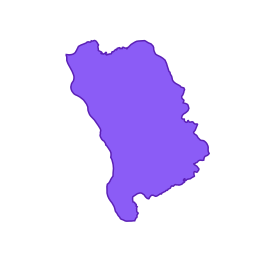 outline of Phonthong, Champasak, Laos, rotated 202°
{"feature_id": "54806243B67434402908614", "entity_name": "Phonthong", "entity_type": "district", "adm_level": 2, "iso_a3": "LAO", "parent_name": "Laos", "parent_adm1": "Champasak", "projection": "mercator", "projection_center": [105.67, 15.132], "detail": "fine", "context": "isolated", "style": "filled", "palette": "violet", "viewbox_px": 256, "rotation_deg": 202, "n_neighbors": 0, "source": "geoboundaries", "source_scale": "gbopen_adm2", "svg_char_len": 5726}
<svg xmlns="http://www.w3.org/2000/svg" viewBox="0 0 256 256"><g transform="rotate(202 128 128)"><path d="M207.8,165.2L200.9,159.5L198.6,157.1L197.7,156.0L197.2,155.1L196.7,153.8L196.4,152.4L196.3,151.2L196.8,149.0L196.9,147.7L196.7,146.4L196.4,144.8L196.0,143.9L195.4,142.9L194.1,141.4L192.1,140.1L190.7,139.4L189.1,139.1L187.3,139.1L184.2,138.7L179.8,137.4L178.3,136.5L175.5,134.7L173.2,132.5L171.7,129.4L170.6,128.1L169.2,126.6L168.1,125.7L166.9,125.0L162.2,122.9L156.7,119.3L154.2,117.5L153.2,116.7L152.3,115.4L152.0,113.5L151.4,112.3L151.2,110.8L150.4,109.7L149.8,109.1L148.4,107.9L147.2,107.3L146.4,107.0L145.6,107.0L143.9,105.9L143.0,105.2L142.6,104.5L142.3,104.0L142.1,103.8L141.5,103.8L139.3,102.4L136.0,100.1L134.6,98.7L133.8,97.1L133.3,95.7L133.0,94.3L131.2,92.8L128.8,89.6L127.9,88.2L126.3,85.0L125.0,80.8L124.2,78.7L123.9,77.5L124.3,76.2L124.7,73.9L124.8,71.8L125.2,69.7L126.1,68.1L125.6,65.8L124.7,63.7L123.0,59.7L121.3,57.4L119.2,55.4L117.2,54.0L114.5,52.4L111.4,49.9L110.1,48.3L108.5,46.1L107.8,45.6L106.5,44.9L104.4,43.2L102.0,42.0L101.2,41.2L100.7,41.0L99.8,40.9L97.9,41.0L96.0,40.8L94.7,41.0L93.7,41.4L92.2,42.1L89.8,43.1L87.8,44.2L87.0,44.5L87.0,45.8L86.9,46.3L87.0,47.1L86.8,47.6L86.4,48.2L86.3,48.6L86.4,49.1L87.0,50.3L86.9,51.1L86.9,51.7L86.8,52.1L86.6,52.3L86.6,52.6L86.8,52.9L87.1,53.2L87.9,53.4L88.5,53.7L88.8,54.2L89.1,54.9L89.3,55.6L89.8,56.2L90.1,58.1L90.0,58.5L90.7,58.7L91.3,58.7L91.4,59.0L91.4,59.4L91.6,60.0L92.1,60.4L92.6,60.5L93.1,60.6L93.9,61.4L94.6,61.5L95.8,61.4L96.2,62.2L97.0,63.5L97.3,64.3L97.7,65.4L97.7,66.2L94.6,70.7L92.5,72.3L91.7,72.5L90.7,72.7L87.8,72.0L86.9,71.3L85.7,70.6L83.8,69.9L82.3,70.1L82.0,70.5L82.1,71.4L81.3,73.9L81.0,74.4L80.5,74.7L79.4,75.1L77.8,75.0L77.0,75.0L76.5,75.2L75.9,75.6L75.3,76.3L73.3,79.2L72.7,79.1L72.4,79.2L72.2,79.6L72.3,80.2L70.8,82.1L69.9,82.9L69.6,83.5L69.2,84.5L68.4,84.8L68.2,85.0L68.0,85.4L68.0,86.0L67.3,86.9L66.4,87.9L66.2,88.3L66.1,90.1L65.9,90.5L64.9,90.9L64.4,90.9L64.2,91.0L64.0,91.3L63.6,92.3L63.5,92.6L62.8,93.3L62.5,93.4L62.2,93.3L60.0,94.1L59.4,94.1L57.9,95.2L57.0,96.1L56.8,96.4L56.4,97.5L55.6,98.5L55.3,99.3L55.5,99.5L56.6,99.9L56.9,100.2L57.1,100.8L57.0,101.3L56.7,102.0L56.4,102.2L56.2,102.1L56.0,101.9L55.8,101.1L55.5,100.9L55.2,100.8L54.8,100.9L54.6,101.1L54.1,102.2L53.6,102.8L51.1,104.4L50.5,105.5L49.9,106.3L48.5,107.9L48.4,108.3L49.3,109.4L49.9,110.6L50.2,111.7L50.2,112.1L50.1,112.4L49.7,112.6L49.2,112.7L48.8,112.6L48.0,112.7L47.6,112.8L47.2,113.3L47.1,114.0L46.7,115.8L46.9,116.5L47.1,116.8L47.5,117.1L48.2,117.3L49.1,118.0L50.0,118.4L52.4,118.8L53.2,119.1L53.5,119.4L53.5,119.6L52.6,120.1L52.1,121.1L51.4,121.7L51.1,121.9L50.4,123.9L50.0,124.4L49.2,125.1L48.7,125.3L47.0,125.8L45.8,126.5L45.7,126.6L46.1,127.9L46.2,129.7L45.8,130.8L44.9,131.6L44.1,132.5L43.5,133.6L43.3,134.3L43.2,134.8L44.5,135.9L44.9,136.5L45.5,137.6L46.4,140.1L47.1,141.2L48.9,142.9L50.0,143.6L51.2,144.1L52.4,144.5L53.7,144.5L55.3,144.0L56.0,144.0L56.2,143.9L56.6,144.0L59.4,145.2L61.3,146.7L62.4,147.1L63.3,147.2L64.2,147.4L64.9,147.8L65.4,148.3L65.6,148.8L64.9,151.2L64.9,157.4L65.1,157.6L65.8,157.5L66.4,157.1L67.2,156.9L68.0,156.9L68.8,157.2L69.6,157.7L70.1,157.9L70.9,157.8L72.1,157.0L73.0,156.5L73.5,156.5L73.9,156.7L74.8,157.5L75.3,157.2L75.4,155.6L75.9,155.1L76.7,155.0L78.2,155.6L78.7,156.3L79.0,157.2L79.3,157.4L80.2,156.9L80.9,156.8L81.3,156.9L82.0,157.4L82.2,158.3L82.4,159.7L82.0,161.1L81.4,162.3L80.4,163.5L79.5,165.2L78.9,166.6L78.9,168.7L78.9,169.1L79.5,169.8L80.3,170.9L81.2,171.9L82.0,172.2L83.7,172.3L85.1,172.1L86.3,172.0L86.4,174.2L86.6,174.7L86.9,174.9L88.5,175.4L89.2,175.9L89.9,177.0L90.0,177.8L89.6,179.1L89.6,181.4L89.7,182.3L89.9,183.0L89.9,184.7L90.2,185.1L91.2,186.1L94.1,185.8L95.6,186.6L100.7,187.2L103.1,188.0L104.7,189.1L106.3,191.5L107.0,192.4L109.0,193.9L109.7,195.0L110.1,195.5L111.1,195.7L115.0,200.4L116.4,202.2L119.1,204.8L121.8,205.7L124.3,206.2L128.4,206.5L130.0,206.8L131.4,207.9L132.2,208.7L132.9,209.5L133.7,210.7L134.3,212.1L135.4,213.3L135.9,213.6L138.2,214.6L141.0,214.6L144.5,215.2L145.4,215.2L151.0,212.5L152.5,211.6L153.8,210.2L155.6,207.8L156.5,206.5L157.9,203.0L158.3,202.7L158.4,202.4L158.4,201.4L158.6,201.1L158.9,201.0L159.1,201.1L159.5,201.6L160.2,201.2L160.6,201.0L160.8,200.9L161.9,201.1L162.6,201.1L163.1,200.8L163.3,200.7L163.1,199.9L163.1,199.6L163.3,199.3L164.1,199.3L164.4,199.2L164.9,198.7L165.1,198.6L165.4,198.8L165.7,199.3L166.0,199.3L166.8,198.7L167.7,197.9L167.9,197.7L167.9,197.3L167.7,196.5L167.8,196.3L167.9,196.2L168.3,196.4L168.7,196.3L169.0,195.8L169.4,195.2L169.6,194.8L169.8,193.9L170.0,193.4L170.3,193.1L171.1,192.9L171.3,192.6L171.4,192.1L171.2,191.1L171.2,190.8L171.3,190.6L171.9,190.2L172.8,189.8L173.3,189.2L173.6,188.9L173.9,188.9L174.2,189.0L174.3,188.9L174.8,188.0L175.1,187.8L175.5,187.8L175.9,187.9L176.8,188.6L177.0,188.8L177.0,189.0L176.9,189.1L176.2,189.3L176.2,189.5L176.3,189.8L176.7,189.9L177.0,189.7L177.5,188.4L177.7,188.1L178.6,187.3L179.0,187.2L179.6,187.7L179.9,187.8L180.1,187.6L180.3,187.1L180.5,186.9L180.9,187.0L181.0,187.1L181.0,187.3L180.8,187.9L180.8,188.3L181.0,188.5L182.2,188.6L183.0,188.6L183.9,188.7L184.6,188.9L184.8,189.2L184.9,189.7L185.0,190.0L185.9,191.3L186.5,192.3L186.5,192.6L186.4,193.7L186.5,194.1L186.8,194.4L187.3,194.5L188.1,195.2L188.2,195.4L188.8,195.7L189.6,196.3L190.1,196.5L190.5,196.6L191.1,196.6L191.6,196.7L192.3,196.3L193.3,195.4L194.2,195.1L194.7,195.1L194.7,194.1L194.9,193.8L195.2,193.5L196.9,193.0L197.3,193.0L197.9,192.4L198.3,192.1L198.8,191.0L202.8,187.2L204.5,185.1L204.8,180.8L205.2,178.1L205.7,177.2L206.2,176.4L206.9,175.7L207.9,174.9L209.9,173.8L212.8,173.0L212.6,172.3L212.2,171.8L211.8,171.4L211.4,170.9L210.0,167.6L209.2,166.7L207.8,165.2Z" fill="#8b5cf6" stroke="#5b21b6" stroke-width="1.5"/></g></svg>